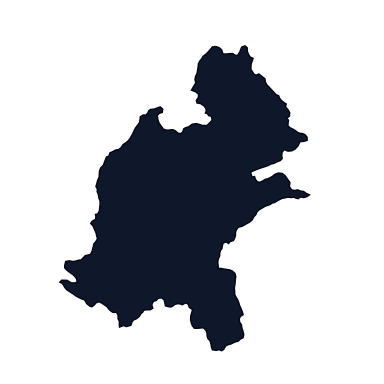 Mascote, Bahia, Brazil, rotated 9°
{"feature_id": "56859067B88966015579039", "entity_name": "Mascote", "entity_type": "district", "adm_level": 2, "iso_a3": "BRA", "parent_name": "Brazil", "parent_adm1": "Bahia", "projection": "orthographic", "projection_center": [-39.412, -15.653], "detail": "fine", "context": "isolated", "style": "filled", "palette": "ink", "viewbox_px": 384, "rotation_deg": 9, "n_neighbors": 0, "source": "geoboundaries", "source_scale": "gbopen_adm2", "svg_char_len": 4899}
<svg xmlns="http://www.w3.org/2000/svg" viewBox="0 0 384 384"><g transform="rotate(9 192 192)"><path d="M240.7,344.6L243.5,343.4L246.0,344.1L247.9,342.5L249.2,339.0L251.3,337.2L254.1,336.1L256.4,334.4L258.4,333.1L260.8,332.2L262.5,329.9L265.2,327.9L265.4,324.8L264.1,321.6L262.5,318.6L261.6,315.5L259.3,313.0L258.5,310.0L259.2,307.2L261.7,305.2L260.3,302.3L258.7,299.6L256.8,296.8L255.3,293.7L253.9,291.3L251.8,288.9L250.2,286.6L249.6,283.3L248.8,280.3L248.8,275.7L248.5,272.5L248.4,268.6L247.1,265.7L244.2,263.8L241.5,263.1L238.1,263.1L234.7,263.1L232.0,263.0L229.9,263.5L229.4,260.9L228.4,257.7L228.4,254.1L229.3,250.8L228.9,248.0L229.2,245.5L230.4,243.1L230.3,240.5L230.7,237.6L233.5,235.9L236.2,237.1L237.4,234.9L240.5,233.4L241.4,230.6L241.7,228.1L241.2,225.0L241.7,222.4L243.1,219.6L247.0,217.9L250.4,215.1L253.2,213.0L255.7,210.3L256.8,206.9L258.5,204.4L259.1,201.9L260.6,199.4L263.7,196.9L266.0,194.9L269.0,193.2L271.2,192.0L272.9,190.3L275.1,189.5L278.0,187.0L282.0,184.1L284.5,183.3L287.3,182.1L290.9,181.9L293.4,181.1L295.8,181.8L298.0,181.9L299.7,179.9L303.2,180.0L306.1,178.6L308.4,176.5L304.7,175.4L302.2,174.1L298.8,174.1L295.9,173.4L293.3,174.5L290.1,174.3L287.3,171.5L287.2,167.3L284.0,164.1L281.3,161.3L278.1,159.6L274.2,159.8L271.0,161.8L268.8,164.2L267.0,165.6L264.5,167.3L262.5,168.0L260.2,170.1L257.7,171.7L255.2,171.9L252.8,169.8L251.3,167.0L249.0,167.9L246.6,163.3L249.0,161.7L251.7,160.0L253.6,158.9L256.3,157.4L259.1,156.0L263.0,154.0L265.5,152.1L268.5,150.8L270.9,149.0L274.2,147.2L275.8,144.9L274.8,141.6L274.8,138.4L276.4,135.6L280.3,136.6L284.0,135.7L287.0,133.5L289.3,130.1L290.8,125.3L294.3,124.5L297.6,123.0L297.0,119.8L294.6,117.7L292.0,117.0L289.3,117.2L287.0,116.6L284.6,115.3L281.7,114.1L278.7,113.2L276.3,111.6L276.1,108.6L276.0,105.9L273.8,104.3L276.3,101.9L276.1,98.5L274.2,96.0L270.9,93.1L271.3,90.4L268.8,89.3L265.9,87.6L263.7,85.6L262.5,83.4L259.9,82.8L257.5,80.9L254.1,78.3L251.1,75.9L248.9,74.3L247.2,71.8L246.3,68.8L242.9,66.9L239.6,65.0L236.9,66.7L234.5,65.7L232.9,63.8L231.2,62.1L230.6,59.4L230.4,56.3L230.8,53.6L231.4,50.5L228.2,49.6L226.3,47.3L224.5,44.2L224.0,41.0L221.5,39.4L218.5,41.1L217.9,43.4L217.4,45.9L215.7,50.0L212.8,50.2L210.7,48.9L207.5,49.5L204.2,50.4L201.0,50.9L199.0,46.9L196.2,45.2L192.9,44.6L189.5,45.5L187.8,48.5L185.8,51.6L183.9,54.1L181.7,56.3L180.8,58.9L179.3,61.3L178.3,64.4L178.5,67.1L178.5,71.0L178.5,74.0L177.5,77.2L177.4,80.6L178.7,83.6L177.3,87.0L175.6,91.5L180.0,92.4L183.3,94.5L183.5,97.7L182.0,101.0L183.1,103.3L186.7,103.3L190.5,105.1L192.8,107.4L193.4,109.7L192.9,111.9L195.0,112.2L196.6,113.9L199.4,114.2L200.7,118.0L198.5,121.2L196.5,123.9L191.9,124.7L189.0,124.2L185.7,123.8L181.7,125.0L178.2,128.4L175.8,129.4L174.0,130.9L173.6,133.9L172.2,135.9L169.3,136.3L165.9,134.2L163.5,133.5L161.4,133.9L159.3,134.6L156.5,134.9L153.7,134.3L152.0,132.5L150.4,131.0L148.5,128.8L147.0,126.1L145.7,121.9L147.3,119.4L150.1,118.0L150.1,114.8L147.3,112.9L144.1,114.7L141.6,116.1L138.1,117.0L136.6,118.6L136.0,121.1L134.3,123.3L131.6,123.7L129.2,125.9L129.4,129.0L129.4,131.5L128.1,134.0L126.1,137.8L125.2,140.8L124.4,143.7L123.2,146.9L122.4,149.1L120.7,151.9L118.9,153.8L116.6,155.9L115.2,159.1L112.9,161.7L110.2,162.4L107.6,164.4L104.8,166.3L104.3,169.6L102.1,170.8L101.2,174.9L100.3,179.4L98.0,182.7L97.4,186.0L97.7,189.2L98.0,191.5L97.0,195.6L96.7,198.7L96.3,201.6L98.2,204.0L98.3,206.5L100.0,209.1L101.0,212.5L102.6,215.1L103.2,218.4L103.3,221.8L103.5,225.1L102.4,228.4L100.2,229.2L101.0,231.4L101.0,234.2L98.1,236.4L96.9,238.9L99.5,240.9L101.7,244.3L103.7,247.4L104.7,250.2L106.0,252.8L105.1,255.4L103.2,258.8L103.0,261.7L102.8,265.2L102.2,267.6L101.3,269.7L98.8,270.7L96.5,271.7L94.6,274.4L93.1,276.5L90.7,277.1L87.7,278.6L85.0,279.4L81.6,279.2L78.2,280.4L77.8,284.4L78.2,286.8L80.3,288.5L82.7,289.9L85.6,291.3L88.4,292.8L91.5,295.6L92.8,299.0L90.3,300.2L87.1,300.7L85.0,299.9L82.4,298.8L79.6,299.2L77.2,299.5L75.6,301.7L77.9,302.4L79.6,303.9L81.2,306.0L83.6,308.1L87.0,309.7L90.2,311.0L93.0,312.5L96.4,313.8L99.7,314.8L101.9,315.0L103.8,316.4L105.4,318.6L108.8,320.6L111.0,321.0L113.1,318.8L114.6,316.4L117.2,314.9L119.7,315.6L122.2,316.7L125.8,318.4L128.5,320.9L130.7,322.4L133.0,323.3L136.3,322.5L138.4,325.5L138.8,328.6L140.5,331.1L141.0,334.4L141.6,336.7L145.3,334.5L148.3,335.1L152.4,333.2L153.1,329.5L154.3,327.5L157.1,325.7L159.5,322.9L160.5,320.2L162.1,318.4L162.7,316.3L165.8,315.3L169.2,314.8L171.4,312.9L169.9,309.7L170.9,306.0L173.4,304.9L175.1,302.4L178.5,301.2L181.4,302.9L182.3,305.2L183.7,308.7L186.8,308.9L189.1,308.9L190.9,307.6L192.7,305.6L194.8,304.7L197.2,304.3L200.1,304.8L203.0,302.5L205.6,303.2L207.5,306.4L211.0,308.0L210.6,311.4L210.2,314.7L210.6,318.3L211.8,321.3L213.3,324.0L215.7,326.2L218.7,325.7L221.2,325.1L224.4,324.3L227.6,326.5L229.1,329.7L229.5,331.9L230.6,334.1L233.3,336.3L234.7,339.5L235.4,341.8L236.8,344.6L240.7,344.6Z" fill="#0f172a" stroke="#020617" stroke-width="1.5"/></g></svg>